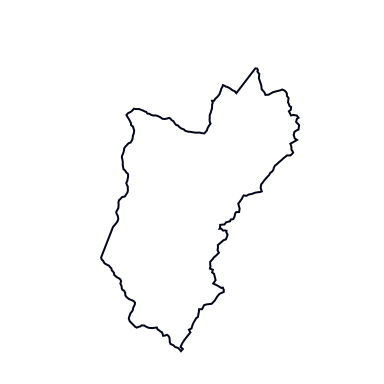 outline of Paranhos, Mato Grosso do Sul, Brazil, rotated 223°
{"feature_id": "56859067B31129416768882", "entity_name": "Paranhos", "entity_type": "district", "adm_level": 2, "iso_a3": "BRA", "parent_name": "Brazil", "parent_adm1": "Mato Grosso do Sul", "projection": "mercator", "projection_center": [-55.352, -23.726], "detail": "fine", "context": "isolated", "style": "outline", "palette": "ink", "viewbox_px": 384, "rotation_deg": 223, "n_neighbors": 0, "source": "geoboundaries", "source_scale": "gbopen_adm2", "svg_char_len": 4518}
<svg xmlns="http://www.w3.org/2000/svg" viewBox="0 0 384 384"><g transform="rotate(223 192 192)"><path d="M91.5,68.1L91.6,70.9L94.7,70.9L96.0,74.7L96.7,79.0L97.0,82.4L97.4,88.2L100.3,89.2L99.3,91.9L100.3,93.8L101.0,95.4L101.7,97.3L102.9,102.7L102.4,104.7L104.2,107.3L105.1,108.9L106.9,111.0L104.7,113.2L106.0,117.6L104.7,119.7L101.4,123.6L101.3,128.1L102.3,132.8L102.4,136.4L101.5,138.5L100.6,140.5L101.9,142.0L104.2,143.1L105.0,141.9L109.6,140.9L114.1,139.5L114.6,143.6L120.1,147.2L122.4,146.9L123.7,149.3L126.7,148.2L127.8,150.3L129.5,151.6L131.1,153.4L131.1,157.3L131.4,158.9L131.0,162.2L130.9,165.9L133.7,166.9L135.1,169.1L136.9,170.8L136.4,175.0L136.1,178.1L134.9,180.5L135.9,183.0L136.8,185.0L139.4,185.9L140.3,187.2L141.7,186.4L142.9,185.0L145.7,185.1L146.8,183.9L147.4,185.3L149.0,187.2L146.1,190.4L146.4,193.1L144.2,196.6L144.9,198.3L143.3,200.3L144.2,203.2L145.8,205.8L146.0,207.3L143.9,209.5L145.8,212.3L150.2,215.0L150.4,217.1L150.9,220.8L151.6,223.2L151.9,224.8L149.6,226.3L148.8,228.8L146.8,231.6L145.4,234.5L143.4,237.1L142.3,238.2L141.4,240.0L143.3,241.1L144.5,241.7L146.6,244.8L146.7,246.5L147.1,250.2L147.2,253.3L147.2,257.2L147.8,259.0L147.4,261.8L147.6,263.6L148.6,265.4L149.3,267.7L149.0,269.6L148.8,271.8L148.7,273.5L148.3,276.2L148.2,278.2L147.9,280.6L147.5,283.5L146.2,284.7L145.0,285.9L144.8,288.3L144.9,289.8L146.3,290.4L148.2,290.8L149.6,292.3L150.7,293.2L153.0,294.4L152.1,297.1L150.7,301.7L153.4,301.3L156.5,303.0L158.1,305.8L157.6,308.1L156.7,310.3L159.3,314.0L163.6,314.2L165.2,317.0L164.7,318.9L167.5,319.4L168.7,318.6L170.6,317.3L171.8,315.5L176.2,317.1L175.8,319.4L177.5,321.8L179.3,321.4L181.6,322.6L182.9,323.0L185.5,326.6L188.2,327.0L189.7,328.7L191.5,329.3L193.5,329.3L195.9,328.5L196.9,326.3L198.8,323.5L200.8,320.3L202.3,315.5L204.5,313.1L207.1,314.3L211.2,314.7L213.9,317.1L218.7,319.8L220.6,320.7L223.2,324.2L224.7,324.3L226.3,324.7L226.9,326.1L228.5,326.7L230.0,325.6L227.0,294.5L229.6,294.9L231.8,294.0L234.4,293.8L236.5,293.3L238.1,292.8L239.2,292.1L240.7,291.9L242.3,291.2L241.4,289.5L241.0,287.5L240.1,285.8L239.3,283.8L238.6,282.3L238.4,280.5L238.3,278.5L238.6,276.2L238.1,273.8L239.5,272.4L237.6,271.4L237.0,269.8L235.5,268.1L234.0,266.2L233.5,264.7L232.5,263.1L231.7,260.7L230.7,259.4L229.5,258.2L228.4,256.8L226.4,255.1L225.0,254.6L224.9,252.6L224.5,250.9L224.1,249.2L223.1,247.2L222.9,243.3L224.6,242.0L226.0,241.2L227.3,240.4L228.8,238.8L230.7,237.2L232.4,236.1L234.2,234.9L236.1,233.4L238.5,232.2L240.6,232.2L241.9,231.7L243.4,231.1L245.9,230.9L248.0,231.1L249.1,230.2L251.1,230.4L253.6,231.1L256.0,230.7L257.8,230.9L259.3,230.6L260.3,228.8L261.7,226.8L263.5,225.4L265.2,225.2L266.8,224.9L269.4,224.0L271.2,222.9L272.2,221.7L274.3,220.6L276.5,220.1L278.2,218.9L280.0,219.3L281.6,218.7L283.6,218.1L285.5,217.3L286.9,216.8L288.0,215.9L289.9,214.1L291.3,213.3L291.2,210.8L291.5,208.7L292.5,206.2L292.5,203.6L290.4,202.9L288.0,202.3L285.9,201.6L283.9,200.9L282.2,199.4L279.8,199.6L278.1,198.6L276.0,197.3L274.6,195.2L273.6,192.9L272.3,191.1L271.4,189.7L271.0,188.2L270.6,186.3L271.6,184.7L271.7,183.0L271.6,181.3L271.7,179.9L271.4,177.9L270.2,176.1L269.2,174.4L268.5,172.8L268.0,171.1L267.0,169.6L265.5,168.6L264.2,167.6L262.8,166.5L261.5,164.9L259.5,163.3L257.7,162.0L256.2,162.1L254.7,161.9L253.2,161.5L251.5,161.6L250.2,160.8L248.8,159.1L247.9,157.5L246.9,156.0L246.2,153.7L244.1,152.7L242.5,152.1L241.6,151.0L240.1,149.6L239.0,147.9L238.5,145.5L238.1,142.8L239.7,140.5L239.6,138.1L239.8,136.4L238.9,134.4L237.4,133.1L236.1,131.5L234.9,130.0L234.3,127.4L233.7,125.6L232.4,124.7L230.7,124.2L229.4,123.5L227.7,122.2L226.9,120.8L226.4,119.3L226.1,116.9L226.0,114.4L225.9,112.5L213.8,82.1L211.9,81.0L210.1,81.1L208.8,80.6L207.4,80.2L205.7,80.5L202.4,81.5L200.8,81.2L198.9,81.2L197.3,80.0L195.4,79.9L194.1,79.7L192.3,78.3L189.3,78.4L186.7,79.0L184.7,79.2L183.0,78.4L182.0,76.3L180.8,75.6L179.2,75.1L177.6,73.6L176.2,73.0L174.4,73.5L172.1,72.7L170.6,71.2L169.0,70.6L167.0,70.6L165.3,70.7L163.3,71.4L161.7,72.0L160.1,72.4L158.2,72.2L157.1,70.7L156.6,69.0L155.9,66.9L154.9,65.5L154.4,63.7L154.3,61.3L153.5,59.5L152.9,58.0L151.8,56.2L149.3,55.0L146.5,54.9L143.9,54.8L141.6,54.7L139.8,55.2L139.3,56.7L138.2,58.3L137.8,60.2L135.8,61.8L134.1,62.1L132.5,62.6L130.8,63.3L129.4,64.4L128.3,65.3L126.8,67.1L125.3,68.9L123.4,68.0L121.8,68.4L119.8,68.5L118.5,68.9L117.0,68.4L115.1,67.1L113.9,68.5L112.9,70.5L111.2,70.7L109.3,70.2L107.3,68.5L105.9,67.1L104.1,66.2L102.5,66.8L101.1,67.2L98.6,67.2L95.9,68.4L93.8,68.4L91.5,68.1Z" fill="none" stroke="#020617" stroke-width="2"/></g></svg>